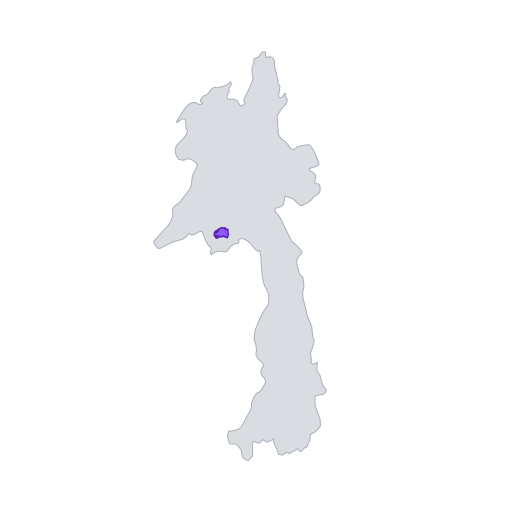 Thoulakhom, Vientiane, Laos shown in context, rotated 23°
{"feature_id": "54806243B19850954629179", "entity_name": "Thoulakhom", "entity_type": "district", "adm_level": 2, "iso_a3": "LAO", "parent_name": "Laos", "parent_adm1": "Vientiane", "projection": "equal_earth", "projection_center": [102.616, 18.346], "detail": "fine", "context": "in_parent", "style": "filled", "palette": "violet", "viewbox_px": 512, "rotation_deg": 23, "n_neighbors": 0, "source": "geoboundaries", "source_scale": "gbopen_adm2", "svg_char_len": 6496}
<svg xmlns="http://www.w3.org/2000/svg" viewBox="0 0 512 512"><g transform="rotate(23 256 256)"><path d="M196.9,69.7L198.8,73.9L207.3,85.2L208.8,88.3L211.9,90.7L214.5,100.7L215.6,101.3L217.0,100.6L218.1,99.2L219.0,95.3L219.6,94.9L220.5,98.1L222.9,99.1L224.0,100.5L224.3,102.9L223.9,105.4L221.9,111.2L220.7,118.8L229.1,135.4L232.6,137.7L241.0,140.4L246.6,144.0L249.2,143.1L251.7,139.0L254.8,136.7L260.4,133.2L262.0,133.0L265.1,134.4L270.2,138.5L277.9,146.3L277.7,148.3L276.3,150.3L272.2,153.4L270.9,155.4L271.7,156.1L275.1,156.6L279.2,158.3L280.4,160.4L281.1,165.0L281.8,165.8L285.6,165.3L286.8,166.0L288.1,167.4L289.5,171.3L289.5,174.1L285.8,179.2L285.3,182.2L283.4,185.8L278.3,191.9L276.9,192.2L267.4,188.9L259.9,189.4L259.3,190.6L260.5,194.3L260.9,197.9L259.8,200.7L255.4,204.3L255.3,205.8L256.2,207.5L262.5,210.7L282.7,228.2L291.9,231.5L296.0,233.7L297.0,235.0L297.0,236.5L295.9,238.5L295.1,241.9L295.0,243.9L296.0,245.9L297.6,248.9L303.3,255.6L307.5,257.2L311.9,264.8L313.2,271.5L315.4,275.8L325.9,290.2L334.8,299.1L340.1,308.7L342.6,310.9L343.4,314.3L344.2,324.5L347.3,329.5L347.9,331.6L349.2,333.1L350.7,333.4L353.8,330.1L354.4,330.5L355.8,335.9L357.1,337.8L361.8,341.1L366.8,347.6L369.4,349.9L372.8,351.8L373.3,353.8L372.7,355.9L371.6,357.2L365.9,361.0L365.2,362.6L369.0,370.8L378.7,381.1L381.7,387.2L381.1,390.2L378.5,396.1L376.5,397.7L376.0,399.6L377.5,404.5L377.4,412.0L375.6,413.8L373.9,418.4L372.8,418.8L369.8,417.1L363.7,425.0L361.1,424.6L358.0,429.0L354.1,429.6L351.3,426.3L345.4,421.0L343.3,417.7L341.5,420.6L338.4,423.3L334.1,422.3L332.9,426.3L332.1,427.0L326.8,427.7L325.8,428.3L326.7,432.0L329.8,438.1L330.8,441.6L328.9,447.4L323.4,447.2L321.0,444.9L317.9,440.0L310.9,436.8L306.2,439.0L304.8,438.9L301.3,434.8L299.9,432.1L299.1,428.2L304.5,425.0L307.1,422.5L308.9,419.9L309.6,417.2L310.4,405.8L311.2,401.8L310.7,396.8L309.3,393.0L309.3,387.1L310.0,382.5L312.0,380.1L313.4,376.7L314.2,369.1L313.6,367.2L311.6,365.3L308.2,363.6L306.1,361.3L305.2,358.7L305.3,356.3L306.3,354.3L303.7,352.0L297.6,349.5L294.2,346.5L293.5,343.0L291.0,338.4L286.6,332.8L284.2,324.6L284.0,314.0L284.4,305.4L286.3,295.4L283.7,288.1L280.9,284.3L277.0,281.5L273.3,277.5L269.8,272.3L265.6,264.6L260.6,254.4L257.3,249.8L255.6,250.9L252.1,249.9L246.7,247.0L242.0,245.4L237.9,245.1L235.3,245.8L234.1,247.4L234.0,248.9L235.0,250.4L234.5,251.6L232.4,252.5L230.7,254.1L228.8,257.9L227.5,262.8L225.5,264.7L222.4,265.1L219.4,266.5L216.4,268.9L215.0,270.7L215.1,271.9L214.5,272.2L213.0,271.5L212.3,269.9L212.4,267.3L210.9,265.6L207.8,264.7L204.2,262.0L197.4,254.9L195.9,254.6L193.7,256.5L190.8,260.4L188.4,262.0L186.5,261.2L185.0,262.6L184.0,266.2L182.1,269.0L173.0,276.6L164.7,286.5L162.7,287.3L157.7,284.6L156.1,282.7L163.0,262.6L164.0,257.7L163.8,251.2L161.0,245.9L160.9,244.3L161.3,242.7L164.8,236.4L168.9,220.4L168.7,215.5L166.9,210.0L166.0,204.8L166.8,197.8L166.5,195.0L164.6,193.6L158.4,192.2L154.8,193.4L153.1,195.3L151.0,196.5L147.0,197.2L143.4,194.8L140.3,190.7L139.6,185.8L143.5,175.1L144.4,171.0L144.3,169.1L143.7,167.0L142.8,166.8L140.8,164.3L138.9,159.8L137.1,157.8L135.3,158.2L133.7,159.9L131.1,164.0L130.3,163.5L132.7,148.8L134.9,142.5L137.4,139.6L140.1,138.4L142.9,138.9L145.3,138.3L147.2,136.8L147.1,136.0L144.8,135.7L143.9,134.1L144.4,130.9L145.4,128.9L147.0,128.0L148.5,124.8L150.0,119.5L151.7,116.8L153.8,116.7L157.4,114.4L162.4,109.9L164.4,105.5L166.3,107.5L165.5,112.6L166.5,113.7L167.0,115.5L166.7,118.3L167.1,120.7L167.9,121.9L169.0,122.5L174.4,120.4L177.6,120.2L183.0,124.0L186.1,121.2L186.2,120.2L183.6,116.7L184.4,103.8L184.1,94.1L179.7,86.9L178.8,84.0L178.4,79.3L177.1,75.3L180.3,72.0L182.0,66.1L184.2,64.6L184.9,64.8L187.6,69.3L191.0,67.1L193.6,67.1L195.8,68.3L196.9,69.7Z" fill="#d9dde1" stroke="#a8b0b8" stroke-width="1"/><path d="M212.7,244.1L212.6,244.4L212.5,244.5L212.3,244.8L212.1,245.0L211.8,245.2L211.7,245.2L211.7,245.3L211.4,245.4L211.4,245.5L211.3,245.8L211.2,246.0L210.6,246.4L210.7,246.6L210.6,246.8L210.4,247.3L210.3,247.5L210.5,247.6L210.9,247.2L211.0,247.2L211.4,247.2L211.4,247.3L211.5,247.5L211.5,247.8L211.5,248.1L211.4,248.3L211.3,248.5L211.2,248.6L210.9,248.8L210.7,248.9L210.5,249.0L210.3,249.0L210.1,248.9L210.0,249.0L209.9,249.1L209.9,249.3L210.0,249.4L210.3,249.4L210.4,249.5L210.5,249.6L210.6,249.9L210.5,250.1L210.5,250.3L210.4,250.3L210.3,250.2L210.2,250.1L210.2,249.9L209.9,249.7L209.9,249.8L209.8,249.7L209.7,249.7L209.6,249.4L209.6,249.2L209.6,248.9L209.5,248.6L209.6,248.4L209.5,248.5L209.4,248.5L209.3,248.4L209.2,248.4L209.1,248.5L209.1,248.4L209.1,248.7L209.0,249.0L209.0,249.3L208.9,249.6L208.9,249.8L208.9,250.2L208.9,250.3L208.8,250.6L208.7,250.6L208.7,250.9L208.8,250.9L208.9,251.0L208.9,251.5L209.0,251.8L209.1,252.1L209.2,252.4L209.3,252.4L209.3,252.5L209.4,252.8L209.4,253.0L209.5,253.0L209.6,253.3L209.6,253.5L209.8,253.7L210.0,253.7L210.1,253.4L210.1,253.2L210.2,253.3L210.2,253.2L210.3,253.3L210.4,253.5L210.5,253.6L210.8,253.5L210.9,253.4L211.0,253.2L211.0,252.9L211.1,252.7L211.3,252.8L211.4,253.0L211.5,253.0L211.8,253.1L211.8,253.3L212.0,253.4L212.1,253.5L211.8,253.7L211.7,253.8L211.7,254.0L211.8,254.2L211.9,254.4L211.8,254.6L211.9,254.8L212.0,255.0L212.4,254.9L212.6,254.6L212.8,254.5L213.1,254.7L213.4,254.6L213.5,254.6L213.4,254.4L213.3,254.2L213.5,254.2L213.6,253.9L213.7,253.7L213.6,253.4L213.5,253.5L213.5,253.4L213.5,253.2L213.6,253.3L213.6,253.2L213.7,252.9L213.8,252.8L213.7,252.8L213.8,252.8L213.7,252.7L213.8,252.7L214.0,252.6L214.0,252.4L214.1,252.2L214.3,252.0L214.5,252.1L214.8,252.1L215.0,252.3L215.3,252.3L215.5,252.4L215.8,252.3L215.9,252.2L216.0,252.1L216.3,251.9L216.5,251.9L216.8,251.9L216.9,251.7L217.0,251.7L217.3,251.5L217.3,251.4L217.3,251.2L217.2,251.0L217.3,250.8L217.5,250.6L217.8,250.4L217.9,250.1L218.0,250.1L218.2,250.3L218.4,250.4L218.7,250.4L218.8,250.4L219.3,250.7L219.5,250.7L220.0,250.2L220.3,250.1L220.6,250.2L220.8,250.2L221.0,250.3L221.1,250.5L221.5,250.5L221.8,250.6L222.0,250.5L222.3,250.4L222.4,250.1L222.3,249.8L222.2,249.8L222.2,249.7L222.4,249.2L222.4,248.1L222.3,247.5L222.3,247.3L222.1,247.0L222.0,246.8L221.5,246.1L221.3,245.8L221.1,245.4L221.0,245.2L220.7,244.8L220.5,244.2L220.2,243.5L219.9,243.0L219.9,242.8L219.4,242.7L219.2,242.7L218.9,242.5L218.7,242.6L218.6,242.8L218.4,242.8L218.4,243.0L218.1,243.3L218.0,243.5L217.9,243.5L217.7,243.5L217.4,243.6L217.2,243.4L217.1,243.1L217.1,242.8L216.8,242.7L216.6,242.4L216.4,242.2L214.9,243.1L214.6,243.1L214.0,243.2L213.6,243.2L213.3,243.3L213.0,243.4L212.8,243.7L212.7,244.1Z" fill="#8b5cf6" stroke="#5b21b6" stroke-width="1.5"/></g></svg>